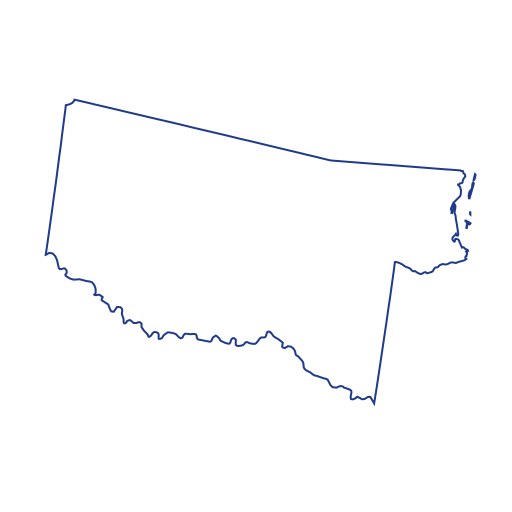 Mississippi, Albers equal-area conic projection, rotated 278°
{"feature_id": "USA-3544", "entity_name": "Mississippi", "entity_type": "State", "adm_level": 1, "iso_a3": "USA", "parent_name": "United States of America", "parent_adm1": "", "projection": "albers", "projection_center": [-90.036, 32.591], "detail": "fine", "context": "isolated", "style": "outline", "palette": "blue", "viewbox_px": 512, "rotation_deg": 278, "n_neighbors": 0, "source": "natural_earth", "source_scale": "10m", "svg_char_len": 5969}
<svg xmlns="http://www.w3.org/2000/svg" viewBox="0 0 512 512"><g transform="rotate(278 256 256)"><path d="M369.2,446.6L368.8,447.1L368.9,448.1L368.8,449.1L368.1,449.5L367.1,449.7L366.7,450.2L366.4,450.8L365.8,451.5L364.2,452.2L362.9,451.7L361.5,450.8L359.4,450.3L358.5,450.3L357.5,450.2L356.8,449.7L356.3,447.9L355.3,447.2L355.0,446.2L354.5,446.2L353.1,448.3L349.8,449.8L346.1,450.2L343.8,449.9L336.0,444.0L329.8,442.4L328.0,443.3L327.0,443.6L325.8,443.6L325.8,444.2L335.0,445.3L333.7,446.4L331.4,446.7L326.8,446.5L325.8,446.9L323.5,448.1L322.5,448.3L321.2,448.5L315.9,450.3L311.2,451.7L306.5,453.1L305.6,453.3L304.2,453.0L304.1,452.3L304.7,451.5L305.8,450.9L304.4,450.2L302.0,448.3L300.4,448.0L299.6,448.3L298.7,449.0L297.9,449.9L297.9,450.6L298.5,450.9L300.3,450.9L300.7,451.2L300.7,452.9L300.5,453.9L299.8,454.7L293.0,458.7L293.6,459.8L293.3,460.7L292.0,462.3L291.8,463.2L291.8,463.9L291.5,464.6L290.5,465.3L290.0,464.7L290.4,464.2L290.2,463.9L289.5,463.4L288.9,464.3L287.8,464.7L286.7,464.6L285.9,464.1L285.4,464.1L285.2,464.3L284.7,463.7L283.8,463.4L282.9,463.8L282.3,464.7L280.6,462.7L278.3,457.4L276.9,454.9L277.0,451.3L276.7,449.9L274.5,446.5L274.0,445.1L273.9,444.4L274.0,442.9L274.0,442.1L273.8,441.5L272.5,439.2L270.4,437.7L269.4,435.1L268.2,434.2L265.8,433.3L264.6,432.1L262.7,427.9L263.6,426.1L263.0,424.6L261.9,423.3L261.1,422.0L261.2,420.4L261.8,418.5L263.2,415.4L262.7,413.8L263.4,412.3L265.2,410.1L266.4,405.0L268.1,401.9L269.1,398.7L269.6,395.7L269.3,394.4L266.5,394.4L263.3,394.5L261.8,394.5L257.6,394.5L251.1,394.5L242.6,394.5L232.5,394.5L223.1,394.4L221.3,394.4L209.3,394.4L196.9,394.3L184.5,394.2L172.4,394.1L161.2,394.0L151.2,393.9L142.7,393.8L136.1,393.7L131.9,393.6L130.4,393.6L126.9,393.5L126.5,393.5L132.4,388.8L132.0,386.5L129.7,383.7L128.9,381.3L129.0,380.5L129.8,379.0L130.0,378.0L130.2,377.7L130.5,376.8L130.7,375.8L130.3,375.3L129.3,374.7L128.2,373.2L127.4,371.4L127.6,370.0L128.7,369.5L130.4,369.3L133.9,369.5L135.5,369.2L136.4,368.3L136.9,366.9L138.0,361.3L138.7,360.5L138.9,359.8L139.0,358.1L138.9,357.6L138.0,355.7L137.2,354.7L136.9,354.1L136.7,350.3L138.4,347.8L143.6,344.1L143.7,343.5L144.1,342.6L144.2,340.5L145.7,333.0L145.8,331.3L146.1,329.8L148.4,325.7L149.4,322.5L150.1,321.0L151.3,319.5L152.6,318.7L155.7,318.0L157.1,317.5L158.5,316.4L161.9,312.5L162.4,311.8L163.2,310.0L163.7,309.3L164.5,308.8L166.8,308.1L169.4,306.2L171.1,303.2L171.1,300.1L168.9,297.5L168.9,296.9L169.0,296.0L169.2,295.1L169.9,294.5L173.9,294.6L176.4,290.3L178.8,284.8L182.1,281.5L182.1,280.9L182.7,280.6L183.0,279.4L182.5,278.0L180.9,277.4L178.3,277.0L177.1,276.5L176.6,275.8L176.0,272.4L174.3,270.8L172.1,269.8L169.7,268.3L168.8,267.0L168.6,265.6L168.7,262.1L168.9,261.2L169.2,260.3L169.5,259.2L169.3,258.2L168.8,257.5L167.0,256.4L166.3,255.8L165.5,254.5L164.9,253.1L164.5,251.4L164.4,249.6L165.2,248.3L167.0,248.0L169.0,247.9L170.4,247.6L171.6,245.8L171.2,244.2L169.9,243.2L166.4,242.5L165.5,241.8L165.3,240.5L165.8,237.1L167.1,232.9L167.8,232.0L168.7,231.6L169.8,230.4L170.9,228.8L171.6,227.3L170.2,225.6L169.3,224.7L168.4,224.3L167.3,224.1L166.0,223.7L165.1,223.1L164.7,222.2L164.8,219.4L165.3,210.3L165.9,209.3L167.4,208.7L168.9,208.2L169.8,207.7L170.3,206.1L170.1,204.7L169.4,201.8L169.3,197.4L169.0,196.4L168.0,195.6L165.8,194.7L165.0,194.6L164.0,192.9L164.8,191.0L167.5,187.5L167.9,185.8L168.2,183.3L168.2,180.8L168.1,179.2L165.7,176.6L164.3,175.4L162.9,174.9L161.7,174.3L160.7,172.8L160.4,171.4L161.5,170.8L163.2,170.8L164.8,170.5L166.1,169.7L166.7,167.9L166.5,165.7L165.3,164.5L162.4,163.0L161.0,161.5L161.2,160.7L162.3,160.1L163.6,159.2L166.5,155.4L167.1,154.8L167.6,154.5L169.1,153.0L169.8,152.5L170.7,152.3L172.6,152.2L173.3,151.9L174.3,150.1L173.9,148.4L173.0,147.0L172.6,144.1L174.0,142.1L175.1,140.0L173.9,137.6L172.9,137.1L172.0,136.7L171.3,136.1L171.0,134.9L171.6,134.3L175.5,133.5L176.4,133.0L179.5,131.4L181.1,131.1L182.8,131.2L184.2,131.0L185.4,130.3L186.4,128.8L186.2,125.5L181.0,122.9L181.0,120.4L182.0,119.5L185.5,117.4L186.7,116.9L187.6,116.2L190.4,109.9L190.7,109.4L191.2,109.2L192.2,109.2L193.3,109.8L194.0,109.9L194.3,109.5L194.6,108.7L195.6,107.0L195.8,106.3L195.7,105.3L195.1,103.6L194.9,102.4L194.9,101.6L195.2,101.2L196.1,101.9L196.7,102.2L197.5,102.3L200.5,101.9L202.1,101.3L204.7,99.9L207.1,97.4L207.6,94.9L207.6,91.8L208.4,84.5L207.2,78.6L207.8,74.9L209.1,71.8L210.1,70.1L211.0,69.8L212.3,70.7L213.9,70.8L215.5,70.3L216.1,69.6L217.1,68.5L216.8,66.9L216.0,65.1L215.7,63.6L216.5,62.5L224.5,59.4L227.8,57.3L230.2,54.3L230.3,50.7L228.1,48.0L227.9,47.6L237.2,47.7L246.4,47.7L255.6,47.7L264.9,47.7L274.1,47.7L283.3,47.6L292.6,47.6L301.8,47.6L311.0,47.5L320.3,47.4L329.5,47.3L338.7,47.3L348.0,47.1L357.2,47.0L366.4,46.9L375.7,46.8L378.2,46.7L378.9,46.7L380.2,50.2L382.0,52.7L384.3,54.2L385.5,54.4L385.4,55.8L385.2,58.9L385.1,59.6L384.9,61.8L384.6,65.3L384.2,70.0L383.6,75.8L383.0,82.7L382.3,90.5L381.5,99.1L380.6,108.5L379.7,118.6L378.7,129.3L377.7,140.4L376.7,151.9L375.6,163.7L374.4,175.6L373.3,187.7L372.2,199.8L371.1,211.7L369.9,223.5L368.9,235.0L367.8,246.1L366.8,256.8L365.8,266.8L364.9,276.3L364.1,284.9L363.3,292.7L362.7,299.6L362.1,305.5L361.6,310.2L361.3,313.6L361.1,315.8L361.0,316.5L361.5,324.7L362.0,332.8L362.5,340.9L363.0,349.1L363.5,357.2L364.0,365.3L364.6,373.4L365.1,381.6L365.6,389.7L366.1,397.8L366.6,406.0L367.1,414.1L367.6,422.2L368.1,430.3L368.7,438.5L369.2,446.6L369.2,446.6ZM351.3,459.6L353.0,460.4L357.6,460.3L359.2,460.9L358.6,461.3L357.9,461.6L342.8,459.4L342.8,458.9L344.7,458.3L347.2,458.2L349.7,458.6L351.3,459.6ZM320.2,458.5L320.3,458.9L319.9,459.2L319.7,459.4L319.7,460.3L319.5,461.2L318.3,463.9L317.9,463.8L317.7,463.7L317.2,463.2L317.5,463.0L317.9,462.5L318.3,462.1L317.7,461.4L317.2,462.1L316.5,461.2L315.5,460.8L313.1,460.9L313.1,460.4L317.0,460.5L318.8,460.0L319.7,458.5L320.2,458.5ZM361.9,461.6L361.8,460.9L367.5,461.5L367.0,462.1L364.4,462.0L361.9,461.6ZM329.0,461.9L330.0,461.9L328.9,462.2L326.9,462.5L327.1,462.2L329.0,461.9Z" fill="none" stroke="#1e3a8a" stroke-width="2"/></g></svg>